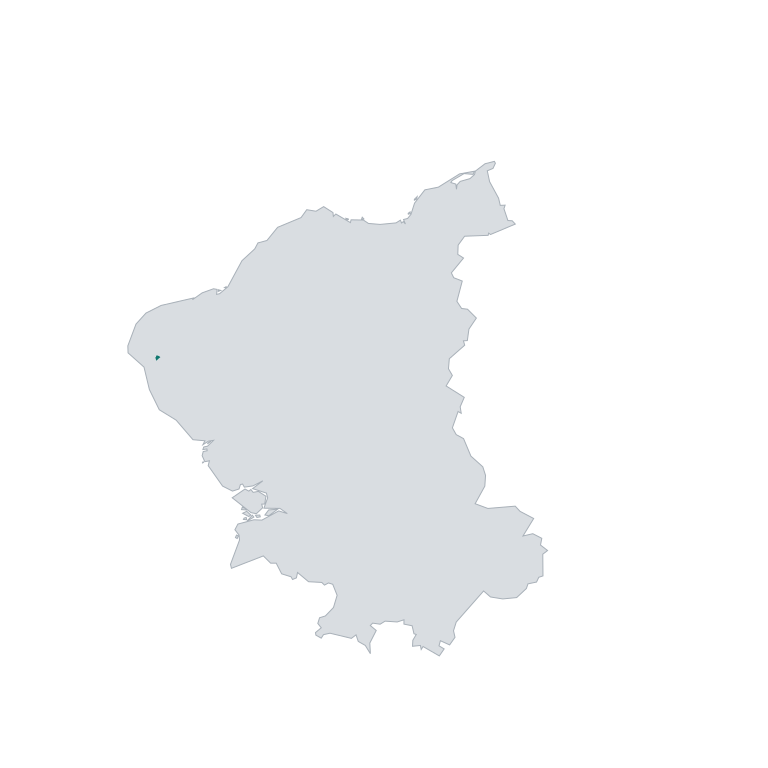 location of Patu, Rio Grande do Norte, Brazil, rotated 214°
{"feature_id": "56859067B11230270721601", "entity_name": "Patu", "entity_type": "district", "adm_level": 2, "iso_a3": "BRA", "parent_name": "Brazil", "parent_adm1": "Rio Grande do Norte", "projection": "orthographic", "projection_center": [-37.626, -6.066], "detail": "fine", "context": "in_parent", "style": "filled", "palette": "teal", "viewbox_px": 768, "rotation_deg": 214, "n_neighbors": 0, "source": "geoboundaries", "source_scale": "gbopen_adm2", "svg_char_len": 4125}
<svg xmlns="http://www.w3.org/2000/svg" viewBox="0 0 768 768"><g transform="rotate(214 384 384)"><path d="M219.5,193.7L225.5,199.3L233.2,196.1L235.6,199.7L240.0,194.1L250.5,188.0L252.9,182.7L259.7,179.4L260.3,176.1L252.6,175.3L250.9,161.3L244.5,152.8L253.3,156.8L261.4,156.2L266.9,160.4L268.8,154.9L289.4,147.2L294.0,142.4L293.9,138.2L300.0,137.7L301.8,139.6L299.7,146.8L305.0,148.5L306.7,154.2L302.9,158.9L300.9,170.5L304.7,182.6L314.5,189.3L318.8,188.0L320.9,184.0L324.6,184.7L336.0,177.9L350.3,179.4L348.2,174.3L350.5,170.8L353.3,172.2L362.7,169.4L373.2,175.2L377.8,172.1L387.9,174.0L407.4,145.9L410.4,148.6L416.5,173.8L419.7,177.7L426.1,179.8L426.8,186.2L415.9,198.7L409.1,202.9L400.3,219.9L391.7,222.5L400.7,222.7L414.1,213.9L416.8,224.6L420.5,227.8L434.4,223.8L430.3,236.0L435.7,226.2L442.1,220.4L445.3,222.0L446.8,220.3L445.5,215.9L449.7,210.5L460.7,209.1L484.1,218.0L485.8,222.7L489.1,219.4L494.7,222.9L496.1,226.9L493.3,229.8L494.5,231.1L497.5,228.4L498.2,231.0L495.5,233.8L493.8,242.0L497.5,238.6L500.2,232.4L500.7,236.8L511.2,231.0L536.1,237.8L555.9,237.0L575.4,248.2L592.4,263.8L613.6,266.7L617.7,272.4L623.1,295.0L621.0,309.7L612.7,324.5L590.0,348.8L589.9,346.8L585.7,357.9L578.6,367.6L575.3,369.1L572.9,364.7L570.8,366.9L567.8,377.3L570.7,406.8L566.7,423.7L567.4,430.5L561.3,437.5L559.8,454.4L545.8,475.6L545.5,485.3L537.0,489.2L533.2,497.3L522.2,497.6L519.7,494.6L519.0,498.0L502.1,499.0L503.1,501.7L492.8,508.4L486.7,508.4L476.5,514.1L464.1,524.3L462.0,529.0L459.5,527.3L458.8,529.4L455.7,528.6L459.8,531.3L457.0,534.4L456.5,539.7L459.8,551.0L458.7,567.8L449.0,577.6L438.8,600.5L428.1,610.9L427.4,607.6L435.3,603.2L441.3,590.7L441.2,588.4L436.3,589.9L432.8,586.0L434.8,589.9L434.1,594.6L427.6,602.3L426.1,608.3L427.3,611.6L423.4,623.1L417.0,630.3L415.1,629.3L414.2,623.7L417.6,618.5L409.6,610.8L392.9,602.1L387.5,597.1L383.6,600.0L382.6,596.4L372.7,588.8L369.0,591.0L364.6,590.0L379.3,567.5L381.6,567.6L380.8,565.5L399.8,551.6L400.2,540.6L395.3,532.7L388.5,532.9L390.3,513.8L385.6,511.1L376.7,513.1L369.8,493.3L361.9,490.0L356.6,492.7L344.3,490.3L344.3,477.0L339.2,466.6L342.3,464.2L338.8,461.3L344.0,441.5L339.1,432.7L332.1,429.3L331.4,417.1L310.0,417.8L308.1,407.7L303.6,402.9L307.2,402.6L302.8,385.9L295.8,382.4L287.5,383.2L271.6,372.8L255.8,370.6L248.7,365.0L243.3,355.7L241.5,335.7L228.3,338.9L206.9,356.1L200.0,354.5L184.7,356.2L183.8,335.7L176.9,343.1L166.9,344.3L164.2,338.0L155.3,337.4L157.2,331.7L144.9,313.8L147.6,310.3L146.8,305.1L152.9,298.8L151.6,294.1L154.6,281.1L165.4,272.2L176.6,267.0L185.7,268.1L191.0,227.0L188.4,218.3L183.5,213.7L183.7,204.4L193.7,202.7L192.0,197.7L186.0,198.0L186.1,189.5L204.8,188.2L204.7,184.7L207.6,187.6L213.7,182.5L216.8,187.7L217.2,194.4L219.5,193.7ZM422.3,203.0L446.2,204.8L440.5,219.2L436.2,219.6L435.4,222.1L431.9,221.0L428.1,224.7L419.1,224.9L415.8,217.8L418.2,216.0L415.4,213.5L417.3,205.1L422.3,203.0ZM402.2,220.7L405.8,210.4L409.5,208.8L409.2,215.1L402.2,220.7ZM428.9,197.8L426.6,201.7L421.2,200.9L422.0,198.5L428.9,197.8ZM420.8,193.8L419.8,201.6L417.5,200.9L420.8,193.8ZM432.6,202.7L429.2,203.2L427.7,202.6L431.9,200.2L432.6,202.7ZM417.2,203.3L413.7,205.9L412.3,204.7L414.7,202.3L417.2,203.3ZM423.6,196.3L421.9,194.7L424.8,193.1L425.0,194.6L423.6,196.3ZM421.8,176.3L419.8,176.7L419.3,173.8L421.3,173.6L421.8,176.3ZM461.3,557.9L460.4,555.6L461.6,553.4L462.1,554.1L461.3,557.9ZM494.6,507.5L495.3,510.1L493.0,509.6L494.6,507.5ZM458.6,541.3L457.5,539.9L458.8,538.4L459.4,539.0L458.6,541.3ZM496.9,236.9L495.4,239.8L496.9,235.6L496.9,236.9ZM574.0,369.5L571.7,370.3L573.2,368.1L574.0,369.5ZM508.3,500.0L506.0,500.9L505.5,500.4L506.9,499.1L508.3,500.0ZM570.1,374.8L569.3,376.4L568.7,375.4L570.1,374.8ZM490.4,216.7L490.5,218.4L489.8,218.1L490.4,216.7Z" fill="#d9dde1" stroke="#a8b0b8" stroke-width="1"/><path d="M585.4,280.4L585.5,280.4L585.5,280.5L585.8,280.5L586.0,280.6L586.3,280.5L586.3,280.4L586.6,280.4L586.8,280.4L587.0,280.2L587.3,280.2L587.6,280.2L587.8,280.0L587.4,279.1L587.1,278.5L587.4,278.3L586.9,277.8L586.2,277.3L586.1,278.0L585.9,278.3L585.9,278.7L585.9,278.9L585.7,279.5L585.4,280.4Z" fill="#14b8a6" stroke="#0f766e" stroke-width="1.5"/></g></svg>